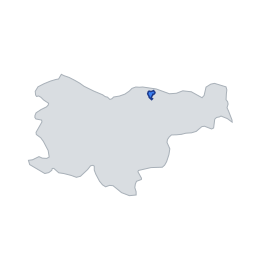 Vuzenica highlighted on a map of Slovenia, rotated 15°
{"feature_id": "SVN-1005", "entity_name": "Vuzenica", "entity_type": "Municipality", "adm_level": 1, "iso_a3": "SVN", "parent_name": "Slovenia", "parent_adm1": "", "projection": "orthographic", "projection_center": [15.169, 46.568], "detail": "fine", "context": "in_parent", "style": "filled", "palette": "blue", "viewbox_px": 256, "rotation_deg": 15, "n_neighbors": 0, "source": "natural_earth", "source_scale": "10m", "svg_char_len": 2116}
<svg xmlns="http://www.w3.org/2000/svg" viewBox="0 0 256 256"><g transform="rotate(15 128 128)"><path d="M227.1,95.4L221.5,93.2L214.7,92.4L213.5,93.6L210.8,94.9L209.5,97.1L210.7,105.8L209.0,107.3L201.4,106.5L198.9,107.6L194.8,113.6L190.6,116.2L185.1,118.1L181.2,120.3L176.1,122.2L171.8,123.4L170.1,126.0L169.1,129.0L169.4,131.8L173.8,137.3L174.4,143.2L174.0,150.5L173.0,154.4L171.3,157.0L160.4,160.3L149.1,166.3L148.9,167.7L154.0,173.0L154.2,174.3L150.0,177.3L149.6,180.3L150.0,183.8L152.3,187.4L153.2,190.6L146.9,193.0L138.5,192.1L128.5,187.6L125.0,188.2L121.6,190.6L118.1,189.5L114.3,186.8L108.9,181.0L106.3,177.4L105.3,173.6L103.8,173.1L101.6,174.2L99.7,178.7L94.6,186.9L90.9,189.0L85.4,188.5L77.6,188.6L72.7,189.2L66.8,186.2L65.3,186.7L65.3,188.6L63.0,191.6L59.4,193.5L42.5,188.8L40.2,185.0L44.0,183.4L49.4,178.7L53.0,179.3L57.4,178.4L59.4,176.4L56.7,170.4L49.8,162.9L46.2,160.0L41.1,158.0L40.3,156.0L43.3,144.4L42.5,142.7L36.7,143.1L35.3,141.9L34.9,139.9L35.3,137.1L39.3,132.6L43.8,128.7L45.0,126.5L44.9,124.7L39.3,122.8L36.0,120.9L33.4,120.2L31.5,121.2L30.2,120.0L28.9,116.6L30.4,111.5L35.5,106.9L40.9,102.8L45.6,99.9L48.3,98.6L49.7,93.4L52.5,94.0L58.0,94.4L64.1,95.7L69.8,97.2L74.8,99.1L85.4,101.2L95.0,102.5L97.9,103.6L100.2,103.5L103.1,105.1L104.9,103.9L106.1,101.8L111.4,99.4L116.2,96.1L119.7,92.0L121.6,88.7L124.9,86.4L128.4,85.7L131.6,84.6L145.2,83.0L159.2,84.2L165.8,81.9L171.3,77.9L179.3,76.7L179.7,76.6L191.7,79.6L192.6,77.8L193.1,77.0L192.8,68.3L196.6,64.2L200.0,62.5L212.0,62.9L213.6,65.6L214.2,69.7L215.4,75.3L217.4,76.8L218.5,79.0L218.4,82.8L220.8,85.7L226.4,93.4L227.1,95.4Z" fill="#d9dde1" stroke="#a8b0b8" stroke-width="1"/><path d="M143.1,85.2L143.6,85.8L143.8,86.0L144.0,86.1L144.4,86.2L144.7,86.5L144.9,86.8L144.9,87.2L144.8,87.7L144.3,88.6L143.9,88.8L143.5,88.9L143.3,88.9L143.1,89.0L143.3,89.4L143.4,89.8L143.1,90.5L142.8,91.1L142.7,91.8L142.6,92.2L142.9,93.0L144.1,93.4L143.5,94.5L140.6,93.0L140.3,92.3L139.6,91.4L138.7,90.6L138.1,89.7L138.3,88.8L138.1,88.2L138.4,87.4L138.6,87.1L139.5,86.8L140.4,87.0L141.3,86.6L143.1,85.2Z" fill="#3b82f6" stroke="#1e3a8a" stroke-width="1.5"/></g></svg>